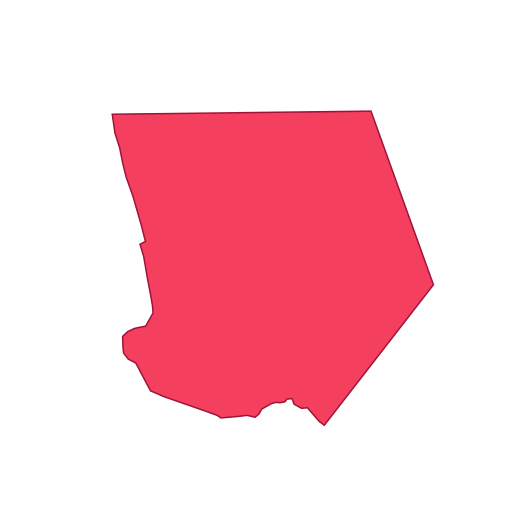 Ngerang, Palau, rotated 160°
{"feature_id": "81905179B33808746946065", "entity_name": "Ngerang", "entity_type": "district", "adm_level": 2, "iso_a3": "PLW", "parent_name": "Palau", "parent_adm1": "", "projection": "albers", "projection_center": [134.637, 7.497], "detail": "fine", "context": "isolated", "style": "filled", "palette": "rose", "viewbox_px": 512, "rotation_deg": 160, "n_neighbors": 0, "source": "geoboundaries", "source_scale": "gbopen_adm2", "svg_char_len": 753}
<svg xmlns="http://www.w3.org/2000/svg" viewBox="0 0 512 512"><g transform="rotate(160 256 256)"><path d="M342.6,438.4L346.5,419.7L347.1,404.4L349.5,388.7L351.0,374.8L351.2,353.8L353.2,324.9L354.9,307.5L361.0,306.7L361.7,294.0L365.8,271.4L368.1,257.0L370.2,245.2L372.2,237.7L383.7,227.8L390.3,228.9L395.2,229.5L402.5,228.8L408.8,226.1L412.0,216.5L413.6,210.1L411.3,202.7L405.6,196.6L404.4,188.1L402.8,176.5L401.2,165.3L390.0,154.8L358.7,129.3L347.2,119.7L344.3,115.8L328.7,111.6L318.9,109.3L312.0,104.8L307.4,106.4L302.9,110.2L292.3,112.0L287.3,111.7L283.7,109.9L278.7,109.1L275.9,110.9L270.9,109.7L270.9,103.7L265.3,97.3L259.6,95.8L253.1,78.8L249.7,73.6L99.1,168.3L98.4,352.8L342.6,438.4Z" fill="#f43f5e" stroke="#9f1239" stroke-width="1.5"/></g></svg>